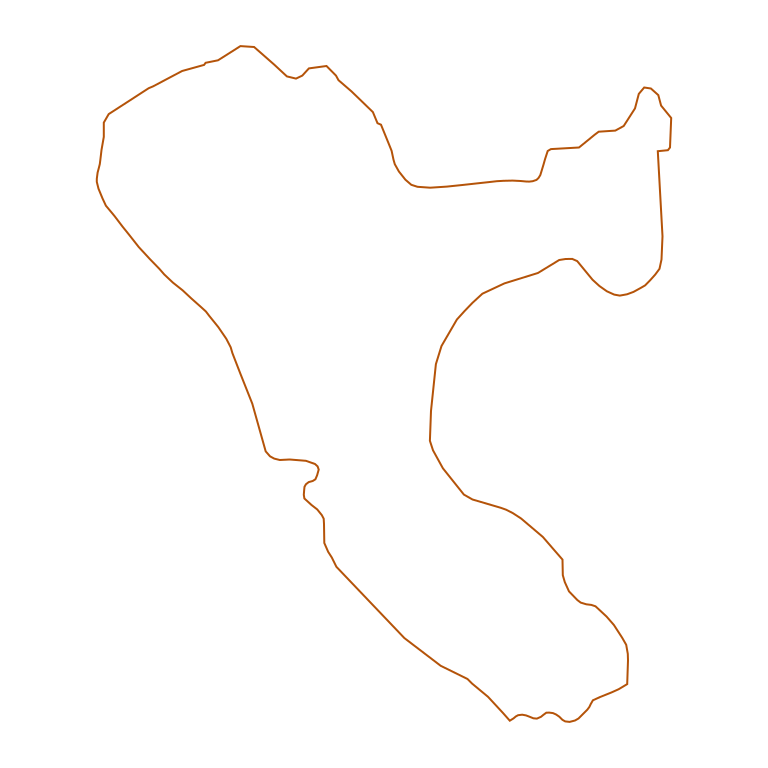 outline of San Pedro Sacatepéquez, San Marcos, Guatemala
{"feature_id": "79465075B62908040243136", "entity_name": "San Pedro Sacatepéquez", "entity_type": "district", "adm_level": 2, "iso_a3": "GTM", "parent_name": "Guatemala", "parent_adm1": "San Marcos", "projection": "albers", "projection_center": [-91.752, 14.957], "detail": "fine", "context": "isolated", "style": "outline", "palette": "amber", "viewbox_px": 768, "rotation_deg": 0, "n_neighbors": 0, "source": "geoboundaries", "source_scale": "gbopen_adm2", "svg_char_len": 2644}
<svg xmlns="http://www.w3.org/2000/svg" viewBox="0 0 768 768"><path d="M627.2,684.1L628.0,660.3L627.8,653.9L626.2,644.8L622.2,637.8L613.9,625.0L606.5,616.5L595.5,606.3L591.3,604.9L586.3,604.3L580.7,602.6L577.3,600.0L569.0,591.4L564.8,582.1L562.8,575.2L562.5,559.6L553.1,548.8L542.9,537.0L521.1,518.5L512.8,513.1L506.1,509.7L500.8,507.8L472.5,499.5L463.9,494.6L442.9,468.3L433.0,450.3L429.9,440.8L431.0,410.9L435.9,364.1L441.5,346.0L456.9,319.5L464.6,311.0L472.4,302.9L482.4,293.7L504.4,283.4L537.9,273.0L559.2,260.0L565.6,259.0L572.2,258.9L577.2,261.1L592.5,279.7L599.4,286.0L606.9,291.3L614.2,294.6L619.8,295.6L627.0,294.3L633.5,291.9L640.6,288.0L645.1,285.4L650.1,280.3L655.2,274.6L659.5,268.8L661.5,259.5L662.5,236.3L657.8,151.2L667.9,150.2L670.0,147.5L671.2,118.0L661.1,105.6L658.3,95.1L650.9,88.5L644.2,87.5L638.8,93.9L635.0,108.4L623.7,126.0L615.3,130.6L598.7,131.7L594.7,134.7L579.0,147.5L550.9,149.1L547.7,151.0L545.0,159.3L543.5,164.6L541.5,171.2L540.3,175.1L538.5,178.0L536.5,179.9L532.7,181.2L529.3,181.6L526.1,181.5L520.7,181.0L512.7,180.6L503.7,180.8L496.8,181.2L488.9,182.1L477.8,183.3L462.3,185.0L446.9,186.6L430.2,187.7L417.5,186.8L411.3,184.8L405.4,179.7L398.9,171.5L394.8,164.2L393.5,159.7L391.6,150.8L389.3,145.1L381.0,124.7L377.5,123.2L372.9,112.1L351.5,91.4L338.5,80.2L336.0,75.6L326.5,66.0L308.9,68.4L302.3,75.6L296.0,78.6L286.9,76.4L274.3,64.7L254.1,47.0L240.4,46.1L218.0,60.3L205.6,62.8L204.1,64.9L182.1,71.0L153.0,86.4L148.7,88.2L108.7,114.1L103.8,122.6L103.8,136.9L101.5,150.0L100.9,155.2L100.3,160.2L99.8,164.1L98.9,167.7L97.6,172.6L96.8,178.8L96.8,181.9L98.5,188.7L102.5,198.4L105.9,205.7L114.4,215.9L122.6,226.7L128.9,234.5L138.8,247.1L149.8,259.0L159.5,269.0L164.3,274.5L172.9,282.6L182.6,290.3L191.5,298.6L201.3,307.3L205.9,311.5L209.1,315.7L218.3,327.1L226.3,338.8L230.7,347.3L232.4,353.1L240.3,373.5L252.3,403.7L265.7,451.4L270.0,456.3L274.2,458.6L279.8,460.0L289.7,459.5L305.9,460.8L315.0,464.0L317.6,466.4L318.7,469.6L317.1,475.3L315.4,479.3L312.7,481.0L308.7,482.1L305.9,484.3L304.5,486.8L304.2,489.7L303.8,494.8L304.4,498.5L311.4,504.9L317.2,509.4L321.8,515.1L323.7,518.7L324.0,524.0L324.3,543.0L328.2,551.9L331.8,557.5L336.4,566.8L404.4,638.1L440.7,665.8L467.5,679.0L472.1,683.6L488.0,696.8L503.0,713.0L509.8,720.7L513.5,718.4L515.9,716.4L518.1,715.2L522.2,714.7L526.0,715.4L529.2,716.6L533.4,718.3L536.9,718.6L541.0,716.8L543.2,715.0L546.3,712.7L549.2,712.6L553.0,713.1L556.1,714.5L559.3,716.7L562.4,719.8L565.2,721.4L569.6,721.9L575.0,720.5L578.5,718.5L587.3,709.7L589.4,706.9L590.6,704.3L592.9,700.3L600.1,697.0L611.6,692.4L618.7,689.2L627.2,684.1Z" fill="none" stroke="#b45309" stroke-width="2"/></svg>